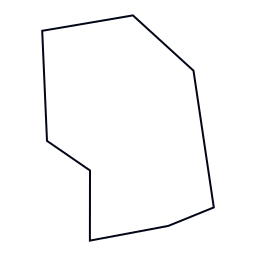 an SVG outline of Zalaegerszeg
{"feature_id": "HUN-4910", "entity_name": "Zalaegerszeg", "entity_type": "Urban county", "adm_level": 1, "iso_a3": "HUN", "parent_name": "Hungary", "parent_adm1": "", "projection": "albers", "projection_center": [16.838, 46.845], "detail": "fine", "context": "isolated", "style": "outline", "palette": "ink", "viewbox_px": 256, "rotation_deg": 0, "n_neighbors": 0, "source": "natural_earth", "source_scale": "10m", "svg_char_len": 227}
<svg xmlns="http://www.w3.org/2000/svg" viewBox="0 0 256 256"><path d="M132.9,15.4L193.5,70.7L213.8,207.4L168.3,225.9L89.9,240.6L90.0,170.5L47.0,140.9L42.2,30.8L132.9,15.4Z" fill="none" stroke="#020617" stroke-width="2"/></svg>